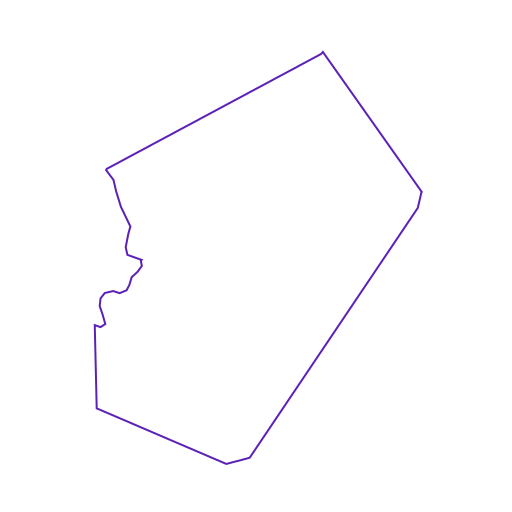 Mocha, Soufrière, Saint Lucia, rotated 276°
{"feature_id": "8701671B91684501452899", "entity_name": "Mocha", "entity_type": "district", "adm_level": 2, "iso_a3": "LCA", "parent_name": "Saint Lucia", "parent_adm1": "Soufrière", "projection": "albers", "projection_center": [-61.025, 13.831], "detail": "fine", "context": "isolated", "style": "outline", "palette": "violet", "viewbox_px": 512, "rotation_deg": 276, "n_neighbors": 0, "source": "geoboundaries", "source_scale": "gbopen_adm2", "svg_char_len": 615}
<svg xmlns="http://www.w3.org/2000/svg" viewBox="0 0 512 512"><g transform="rotate(276 256 256)"><path d="M87.8,113.5L64.5,188.7L46.1,248.2L54.7,270.8L320.8,411.9L336.9,413.9L337.1,414.1L465.2,301.8L465.9,301.2L463.8,299.7L327.1,98.5L325.8,97.9L316.8,106.3L305.6,110.2L290.8,116.5L272.2,128.0L264.7,126.7L251.1,125.5L243.7,128.0L241.2,138.2L240.2,142.7L239.2,142.0L234.2,143.5L227.8,139.8L222.0,134.6L214.1,133.1L208.4,130.9L204.8,124.3L206.2,117.6L203.4,109.5L197.6,105.8L189.8,105.8L181.9,109.5L172.6,113.2L169.0,108.8L170.4,102.9L166.3,103.4L87.8,113.5Z" fill="none" stroke="#5b21b6" stroke-width="2"/></g></svg>